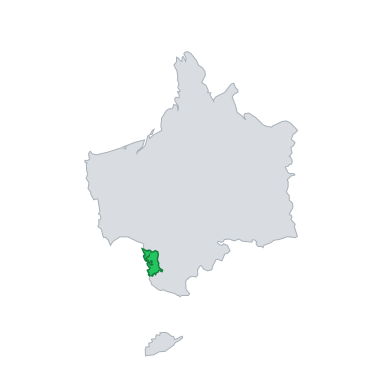 Bouches-du-Rhône highlighted on a map of France, rotated 60°
{"feature_id": "FRA-5274", "entity_name": "Bouches-du-Rhône", "entity_type": "Metropolitan department", "adm_level": 1, "iso_a3": "FRA", "parent_name": "France", "parent_adm1": "", "projection": "orthographic", "projection_center": [4.982, 43.547], "detail": "fine", "context": "in_parent", "style": "filled", "palette": "green", "viewbox_px": 384, "rotation_deg": 60, "n_neighbors": 0, "source": "natural_earth", "source_scale": "10m", "svg_char_len": 6425}
<svg xmlns="http://www.w3.org/2000/svg" viewBox="0 0 384 384"><g transform="rotate(60 192 192)"><path d="M275.7,158.1L273.7,159.3L272.5,161.7L271.2,162.3L268.8,162.4L267.6,160.9L264.7,161.9L263.6,163.5L265.4,165.2L259.8,172.9L256.2,174.9L255.5,179.8L251.2,183.5L249.6,187.4L249.5,188.2L250.6,189.4L250.2,192.0L248.0,193.6L248.1,195.2L248.7,195.4L252.0,194.1L253.3,192.6L252.6,190.6L256.0,188.0L262.0,188.5L262.8,191.8L262.1,194.6L266.6,200.6L262.9,203.5L262.7,205.4L266.8,211.4L269.3,213.8L268.1,218.0L264.0,220.7L261.3,220.5L260.1,221.2L260.3,222.5L262.2,226.2L266.8,228.5L267.6,231.3L266.3,232.3L264.3,236.6L265.3,238.6L265.0,239.6L265.5,241.0L266.7,242.4L273.2,245.8L279.0,244.9L279.8,247.0L276.4,252.6L276.7,255.1L274.9,255.2L274.6,256.1L271.0,258.0L265.3,263.7L262.6,265.5L261.6,268.3L260.0,269.9L251.7,273.3L250.1,272.6L246.0,272.7L243.4,270.7L238.5,269.4L236.9,266.5L232.3,266.0L232.1,264.0L225.7,265.8L216.7,263.0L213.6,260.1L211.0,260.8L208.6,263.4L198.8,270.0L194.8,277.0L195.3,285.2L197.5,289.3L191.5,288.6L188.0,289.7L187.0,291.4L178.6,289.1L175.4,290.7L174.5,290.5L173.5,288.8L169.4,286.7L170.1,285.3L169.6,284.1L165.7,283.0L164.3,284.1L163.0,281.6L152.3,277.4L150.5,277.4L149.6,281.0L142.6,280.6L141.6,279.8L137.1,280.3L132.5,276.6L127.2,276.9L124.1,273.1L121.0,272.6L116.7,270.5L114.7,269.4L114.5,268.3L113.1,269.8L111.5,269.3L111.1,268.8L112.3,266.9L112.7,264.6L107.3,262.5L106.0,260.7L106.0,259.8L109.1,259.3L112.0,256.3L115.4,245.0L118.3,231.5L119.8,229.0L121.6,228.4L120.4,226.4L118.5,228.8L120.5,216.3L123.1,207.1L127.3,211.3L128.3,213.0L129.2,218.7L131.6,221.2L130.1,218.8L129.0,211.3L128.1,209.1L121.4,202.3L121.3,200.9L124.4,201.9L123.4,197.1L123.5,187.3L119.3,186.0L112.8,181.3L108.7,173.5L108.4,170.6L109.9,167.8L109.0,165.8L107.1,164.4L108.9,162.0L110.3,161.8L115.0,163.7L111.3,161.0L104.7,161.2L102.3,160.1L102.0,158.3L103.9,156.2L101.9,154.6L98.2,154.6L97.8,154.0L99.1,152.5L98.2,151.8L95.1,152.1L93.5,151.4L92.1,149.4L87.3,148.5L86.4,147.4L80.0,144.6L73.0,144.2L71.5,140.3L67.5,138.0L68.5,137.0L72.9,136.4L73.8,135.4L70.9,133.6L70.0,131.9L75.7,132.2L73.3,130.3L67.9,129.8L67.5,127.5L68.4,125.4L71.8,123.7L79.9,122.4L85.6,122.9L89.9,120.8L94.0,120.5L97.6,122.1L102.1,129.0L106.5,126.6L112.6,127.2L113.7,128.9L115.6,126.1L116.8,127.9L124.3,127.9L122.7,126.7L121.5,123.8L122.1,113.8L118.9,106.3L118.2,103.6L118.7,101.4L123.0,102.1L126.7,101.4L128.4,102.2L128.5,106.9L129.8,109.7L139.9,111.3L145.6,113.1L150.7,110.8L155.4,109.8L155.8,109.2L153.2,109.3L150.8,108.1L150.6,106.8L152.1,103.2L159.3,99.6L169.8,96.7L172.5,94.5L175.7,90.5L175.1,89.4L176.1,78.3L177.7,74.7L181.7,72.1L191.5,69.8L192.6,73.4L192.5,75.4L195.0,78.6L196.3,79.6L200.6,78.0L202.6,81.0L203.1,84.3L208.3,85.8L209.7,90.1L210.7,89.2L213.9,89.4L215.5,89.8L217.6,91.7L216.9,94.3L217.8,95.6L216.9,97.9L217.5,98.9L223.5,99.0L225.3,97.9L226.2,95.5L228.0,94.1L228.7,94.6L227.5,99.0L228.4,100.2L228.8,103.3L231.1,103.6L235.5,106.1L239.3,110.3L244.0,109.6L247.6,111.9L251.4,110.6L255.0,111.8L256.3,113.0L259.8,118.9L262.3,117.6L264.2,118.3L264.8,120.0L271.6,118.8L272.9,120.4L274.4,121.0L283.1,122.9L283.3,125.1L278.5,131.6L276.6,140.7L275.2,143.8L274.8,146.2L275.2,147.7L275.1,150.2L274.2,156.1L274.8,157.8L275.7,158.1ZM314.3,277.9L314.0,281.7L315.5,284.3L316.5,295.0L314.0,300.3L313.8,306.6L310.6,314.2L304.9,311.2L303.2,309.4L304.6,306.5L301.3,305.1L302.0,302.3L301.6,300.9L299.3,300.9L299.2,300.2L300.7,298.0L300.6,296.6L298.4,295.1L298.0,293.6L299.9,291.9L299.0,290.4L297.8,290.1L300.4,285.1L302.2,283.6L306.4,282.0L308.0,280.1L310.9,280.9L311.3,280.4L311.9,272.7L312.8,272.5L313.8,273.5L314.3,277.9ZM122.1,197.6L121.3,199.7L118.9,195.7L118.7,193.6L122.1,197.6Z" fill="#d9dde1" stroke="#a8b0b8" stroke-width="1"/><path d="M243.4,270.6L243.1,270.5L242.7,270.5L242.3,271.1L241.9,271.0L241.6,270.9L241.3,270.6L241.1,270.3L240.9,270.0L240.7,269.8L240.5,270.0L240.3,270.0L239.5,269.9L239.1,270.0L238.6,269.9L238.3,269.9L237.8,270.0L237.4,269.8L237.5,269.3L237.5,269.1L237.7,268.8L237.8,268.4L237.6,268.1L237.6,267.8L237.5,267.7L237.2,266.8L236.4,266.2L235.4,266.9L234.0,266.9L233.3,267.0L232.2,266.9L231.6,266.8L231.3,266.2L231.1,265.6L231.5,264.9L232.0,264.6L233.7,264.6L234.2,264.4L234.5,264.1L234.9,263.6L235.2,263.1L235.1,262.5L234.6,262.8L234.0,263.0L233.6,262.9L233.2,262.5L233.0,262.1L233.0,261.9L232.9,261.7L232.6,261.6L232.4,261.6L232.0,261.6L231.9,261.5L231.6,261.2L231.4,261.3L231.3,261.6L231.2,261.9L231.2,262.1L231.3,262.6L231.4,262.8L231.7,262.9L231.9,263.2L232.1,263.8L231.9,264.4L231.5,264.7L231.0,264.7L230.7,264.7L229.7,264.1L229.2,264.3L229.0,264.5L228.6,264.6L228.4,264.7L228.2,265.1L228.3,265.2L228.5,265.7L228.5,266.0L229.2,266.0L228.7,266.4L228.3,266.6L228.2,266.2L227.9,265.6L227.2,265.1L226.5,264.5L226.2,263.9L226.3,262.4L226.3,261.9L226.1,261.6L226.0,261.1L225.7,260.8L225.4,260.6L225.9,261.6L226.0,261.9L226.0,263.7L226.2,264.5L226.7,265.1L227.3,265.5L227.7,265.9L227.7,266.5L227.1,266.5L224.8,266.4L223.5,266.1L223.0,265.8L223.0,265.4L223.4,265.0L223.4,264.7L223.2,264.3L222.8,264.0L222.0,263.7L220.1,263.9L216.4,263.5L216.8,263.2L217.0,262.9L217.1,262.6L217.3,262.4L217.6,262.3L217.7,262.2L217.9,262.1L218.3,262.0L218.5,261.9L218.8,261.7L219.6,261.1L220.0,261.0L220.0,260.9L220.1,260.7L220.3,260.4L220.5,260.4L220.8,260.3L220.9,260.2L221.0,260.1L221.1,259.8L221.1,259.6L220.9,259.6L220.7,259.5L220.6,259.4L220.6,259.2L220.7,258.9L220.8,258.7L220.9,258.3L221.4,257.7L221.8,257.3L222.3,257.2L222.5,257.1L223.2,257.3L223.3,257.4L223.4,257.5L223.5,257.6L223.8,257.5L223.9,257.4L224.0,257.1L224.0,256.9L224.0,256.7L223.9,256.6L224.0,256.4L224.3,255.8L224.5,255.1L224.6,254.8L224.6,254.6L224.5,253.9L224.4,253.7L224.4,253.4L224.4,253.2L224.5,253.0L224.8,252.8L225.3,252.5L226.0,252.0L226.2,251.9L226.8,251.6L229.3,252.5L230.4,253.3L232.2,255.0L232.6,255.3L234.5,256.3L235.7,256.2L236.6,256.4L236.9,256.4L237.2,256.5L237.4,256.6L237.9,257.2L238.2,257.4L238.6,257.6L240.7,258.2L241.7,258.3L242.4,257.9L242.8,257.6L244.0,257.3L244.5,257.0L244.8,256.6L245.2,256.8L245.6,257.5L245.9,257.7L245.5,258.4L244.0,258.9L243.5,259.7L243.5,260.4L243.8,260.7L244.1,260.9L244.3,261.2L244.3,261.6L244.1,262.6L244.1,262.9L244.1,263.1L245.3,264.8L244.9,264.9L244.0,264.9L243.6,265.1L243.9,265.8L243.9,266.1L243.8,266.4L243.7,266.6L243.7,266.8L243.7,267.0L243.8,267.3L244.3,267.3L244.8,267.6L245.1,268.1L244.8,268.5L244.2,268.9L243.8,269.2L243.6,269.8L243.4,270.6L243.4,270.6Z" fill="#22c55e" stroke="#15803d" stroke-width="1.5"/></g></svg>